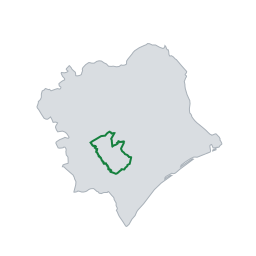 Haut-Sassandra, Haut-Sassandra, Ivory Coast shown in context, rotated 329°
{"feature_id": "98640826B13622385448205", "entity_name": "Haut-Sassandra", "entity_type": "district", "adm_level": 2, "iso_a3": "CIV", "parent_name": "Ivory Coast", "parent_adm1": "Haut-Sassandra", "projection": "orthographic", "projection_center": [-6.803, 7.032], "detail": "fine", "context": "in_parent", "style": "outline", "palette": "green", "viewbox_px": 256, "rotation_deg": 329, "n_neighbors": 0, "source": "geoboundaries", "source_scale": "gbopen_adm2", "svg_char_len": 7119}
<svg xmlns="http://www.w3.org/2000/svg" viewBox="0 0 256 256"><g transform="rotate(329 128 128)"><path d="M64.9,59.0L65.7,59.0L67.7,58.4L69.5,57.1L71.2,54.3L73.5,52.1L76.0,52.2L76.8,51.8L77.7,51.7L78.8,53.2L79.8,54.3L80.6,54.4L81.2,56.5L85.8,57.4L87.8,57.9L89.5,59.5L90.1,59.5L90.8,59.2L91.4,58.7L91.5,58.1L90.8,56.7L91.1,55.4L91.8,54.3L93.0,54.2L94.9,53.9L96.9,53.9L98.5,54.1L99.1,53.0L98.5,49.9L98.7,48.1L98.9,46.7L99.5,46.1L101.8,47.9L103.9,48.6L105.5,48.6L105.9,48.3L105.2,46.3L105.4,45.7L106.0,45.3L107.0,45.1L109.7,44.3L109.9,44.4L110.4,47.6L110.2,48.6L110.8,50.8L111.5,52.8L111.4,53.6L110.9,54.8L110.2,56.0L110.3,56.4L111.3,57.2L113.4,58.0L115.5,58.2L116.7,57.0L118.0,56.0L118.8,55.2L119.1,54.0L120.5,53.0L124.3,51.9L127.9,51.7L128.7,52.1L130.4,53.8L132.4,55.0L135.5,54.8L137.8,55.5L139.7,56.9L141.0,59.8L142.5,62.0L143.1,65.0L145.4,66.6L147.2,67.4L149.6,69.6L152.1,70.7L154.6,70.4L155.8,71.6L157.8,72.4L159.7,72.4L161.3,69.9L163.6,68.8L169.2,66.8L171.4,65.8L173.6,65.2L179.0,65.0L184.1,65.6L186.6,66.0L188.3,65.7L189.9,66.9L191.6,69.4L193.0,70.2L194.4,71.1L195.5,73.1L196.7,75.1L197.4,76.0L199.0,77.9L200.3,77.9L201.5,77.1L202.1,76.4L202.3,77.7L201.9,79.9L202.0,81.2L202.7,81.7L202.3,83.3L200.9,86.2L200.9,87.9L202.4,88.4L203.4,90.2L204.1,93.3L204.7,94.3L204.8,94.9L206.0,102.4L207.4,109.8L206.5,110.8L205.4,111.1L204.6,111.5L204.4,112.2L204.9,113.2L204.6,114.1L203.2,114.8L200.1,117.2L199.9,118.1L199.1,120.2L198.4,121.4L197.4,123.7L195.8,129.8L195.2,134.8L195.1,136.3L194.5,137.4L193.8,139.0L190.4,143.3L188.7,146.8L189.0,148.4L189.0,149.9L188.5,151.0L188.7,154.0L189.1,156.5L189.7,158.9L192.2,165.8L193.6,170.0L194.4,173.3L195.1,175.6L195.8,176.5L196.1,177.4L199.8,178.0L200.5,178.5L201.5,182.9L201.3,184.9L200.6,185.6L200.7,187.3L200.5,189.4L200.0,190.2L197.9,190.4L196.5,191.2L194.7,190.9L194.5,190.3L193.5,190.2L190.7,189.0L191.2,185.2L189.9,185.0L188.9,185.5L187.0,190.1L186.1,190.9L172.4,188.7L169.4,186.8L165.9,186.4L159.7,186.6L154.5,187.2L153.1,188.4L166.0,187.6L167.4,187.7L168.0,188.4L151.7,190.0L145.5,191.0L143.6,190.7L142.2,189.3L135.5,189.1L134.1,189.6L133.2,190.7L135.9,190.4L140.1,190.4L141.2,191.2L128.1,192.3L118.9,194.4L115.1,195.9L102.3,201.0L94.6,203.3L92.5,204.2L89.0,206.7L84.4,208.2L79.3,211.1L76.2,211.7L75.5,210.8L75.4,205.9L75.0,199.4L75.2,196.9L75.6,194.5L75.6,192.6L77.2,191.8L77.6,191.0L77.8,188.5L79.2,186.2L79.3,182.1L79.7,181.3L80.0,180.2L79.4,177.6L78.6,172.6L78.2,172.2L77.9,172.5L77.1,172.6L73.9,170.8L71.4,170.5L69.7,169.0L69.6,167.4L68.7,166.4L68.1,164.4L67.3,162.2L64.9,160.9L62.6,160.5L61.0,160.8L59.1,160.7L56.9,160.0L55.4,159.1L54.0,157.5L52.6,156.2L51.6,156.3L50.3,156.0L49.0,155.4L48.6,155.0L53.9,149.8L55.7,147.3L55.9,145.7L56.0,144.2L56.5,142.6L56.7,140.1L53.8,131.2L53.1,128.5L52.3,127.7L51.8,127.4L53.3,126.2L55.3,126.5L58.4,127.4L59.1,126.6L61.5,122.1L61.4,120.4L61.2,119.3L62.6,116.2L63.7,115.0L64.2,113.7L64.1,112.0L63.2,111.3L62.2,111.5L60.9,111.0L58.9,110.0L57.9,109.1L58.2,105.1L58.4,103.8L59.1,103.1L60.2,102.9L63.3,102.8L65.8,103.2L67.9,103.5L69.1,103.5L70.1,104.7L71.3,106.0L72.4,105.9L72.8,105.0L72.6,101.0L71.8,98.9L70.2,96.9L65.8,95.1L65.7,92.7L66.2,90.1L67.1,89.1L70.3,87.4L69.8,86.5L68.8,85.5L66.7,84.6L67.2,81.4L67.3,78.6L65.6,78.9L63.8,79.1L62.3,78.2L61.1,76.5L60.9,71.8L60.9,66.3L60.6,63.9L61.1,62.7L62.7,61.5L64.3,60.0L64.9,59.0ZM192.9,190.9L192.2,192.0L188.7,191.3L189.5,190.5L192.9,190.9Z" fill="#d9dde1" stroke="#a8b0b8" stroke-width="1"/><path d="M110.2,121.6L107.9,121.7L107.0,121.9L104.5,122.8L101.0,121.2L100.5,121.1L95.2,121.1L90.6,121.0L89.3,121.2L88.4,121.2L88.4,121.4L88.4,121.5L88.4,121.8L88.5,122.0L88.4,122.2L88.5,122.5L88.5,122.9L88.5,123.0L88.6,123.3L88.7,123.5L88.7,123.8L88.5,124.0L88.6,124.6L88.8,124.7L88.8,124.9L88.8,125.0L88.8,125.3L88.9,125.5L89.0,125.6L89.3,125.7L89.4,126.1L89.5,126.1L89.8,125.9L90.0,125.9L90.1,126.0L90.4,126.5L90.5,126.6L90.8,126.7L90.8,126.8L90.9,127.1L90.9,127.4L90.9,127.5L90.6,127.6L90.4,127.5L90.2,127.5L89.9,127.6L89.7,127.8L89.4,128.0L89.5,128.2L89.6,128.3L89.7,128.5L89.8,128.5L89.9,128.8L89.8,129.0L89.8,129.3L89.9,129.5L90.1,129.7L90.1,129.8L90.3,130.0L90.5,130.1L90.4,130.2L90.5,130.4L90.4,130.5L90.2,130.8L90.0,131.0L89.9,131.0L89.7,131.0L89.4,131.0L89.2,131.2L89.3,131.3L89.4,131.5L89.1,131.7L89.0,131.9L88.9,132.0L88.7,132.1L88.4,132.2L88.4,132.3L88.6,132.6L88.7,132.8L88.9,133.1L89.0,133.3L89.0,133.5L88.9,133.7L88.7,134.1L88.8,134.3L88.9,134.5L88.8,134.8L88.8,135.0L88.7,135.1L88.8,135.5L88.7,135.8L88.6,136.0L88.7,136.4L88.8,136.7L88.9,136.8L88.9,137.0L88.7,137.0L88.3,137.2L88.3,137.3L88.4,137.6L88.6,137.7L88.8,137.7L89.0,138.1L89.1,138.3L88.9,138.5L89.0,138.9L89.0,139.0L89.0,139.3L89.2,139.5L89.4,139.6L89.4,139.8L89.2,140.3L89.2,140.6L89.1,140.9L89.1,141.2L89.1,141.4L89.0,141.7L88.9,141.8L88.9,142.0L89.0,142.2L89.0,142.3L89.0,142.7L89.0,143.0L88.9,143.2L88.9,143.4L88.9,143.8L89.0,143.9L89.2,144.1L89.4,144.2L89.4,144.3L89.5,144.3L89.5,144.5L89.4,144.6L89.4,144.8L89.4,145.0L89.1,145.1L88.9,145.4L88.9,145.5L89.0,145.6L89.0,145.8L88.9,146.0L89.0,146.2L89.0,146.3L89.3,146.4L89.4,146.5L89.5,146.5L89.8,146.4L89.9,146.5L90.0,146.5L90.3,146.6L90.5,146.7L90.5,146.8L90.4,146.8L90.5,146.9L90.7,147.2L90.7,147.3L90.7,147.5L90.8,147.5L90.7,147.8L90.6,148.0L90.8,148.4L90.8,148.5L91.0,148.7L91.0,148.9L90.9,149.0L90.8,149.3L91.1,149.5L91.2,149.8L91.0,150.1L90.9,150.2L90.8,150.3L90.7,150.6L90.8,150.7L90.8,150.8L90.9,151.0L91.0,151.2L90.9,151.5L90.9,151.8L90.9,152.0L90.6,152.4L90.3,152.6L90.0,152.8L89.9,153.0L90.0,153.2L90.0,153.3L90.3,153.4L90.3,153.5L90.5,153.6L90.5,153.8L90.7,153.7L90.9,153.8L91.0,153.9L91.1,154.0L91.2,154.3L91.3,154.4L91.4,154.6L91.5,154.8L91.7,155.4L91.8,155.6L91.7,155.8L91.5,156.1L91.4,156.1L91.2,156.2L91.1,156.3L90.9,156.3L90.7,156.3L90.6,156.2L90.4,156.3L90.4,156.5L90.5,156.7L90.8,156.7L90.9,156.8L91.0,156.9L91.1,157.1L91.1,157.3L92.2,158.6L92.7,159.2L93.2,159.9L94.0,161.0L94.9,161.2L95.5,161.2L96.6,161.1L97.4,160.9L98.1,160.8L98.7,160.7L98.9,160.6L99.6,160.6L100.6,160.5L101.2,160.0L103.4,161.6L104.2,161.3L105.2,160.7L105.3,160.7L105.5,160.6L105.8,160.6L106.8,160.5L107.9,160.2L108.0,160.0L108.5,159.4L111.0,159.6L115.2,155.2L115.4,155.0L115.5,154.9L115.6,154.7L114.6,153.8L113.9,153.4L113.9,152.0L113.6,151.8L113.5,151.7L113.6,151.4L113.6,151.1L113.3,150.5L112.0,148.9L111.8,146.9L111.0,144.9L111.3,142.3L111.8,141.8L116.5,138.8L116.6,137.9L118.3,137.6L118.2,137.6L117.9,137.5L117.4,137.3L117.2,137.3L117.1,137.2L116.9,137.2L116.5,136.9L116.2,136.9L115.9,136.8L115.6,136.6L115.3,136.6L115.2,136.5L115.0,136.4L114.9,136.3L114.7,136.2L114.4,136.1L114.1,135.9L113.9,135.8L113.7,135.8L113.7,135.7L113.5,135.4L113.5,135.2L113.4,134.9L113.3,134.7L113.2,134.6L113.0,134.4L111.9,135.1L111.1,135.1L111.1,136.0L109.3,136.1L107.5,135.8L107.2,135.6L105.1,135.8L105.1,135.6L107.5,130.6L107.8,130.2L107.9,129.2L108.0,128.6L113.7,125.4L113.5,125.2L113.2,125.0L112.7,124.9L112.4,124.8L112.2,124.8L112.1,124.7L111.9,124.5L111.7,124.4L111.4,124.2L111.1,124.2L111.0,123.9L111.0,123.7L111.0,123.3L111.0,123.0L111.0,122.9L110.9,122.8L110.8,122.7L110.5,122.3L110.4,122.2L110.4,121.8L110.3,121.7L110.2,121.6Z" fill="none" stroke="#15803d" stroke-width="2"/></g></svg>